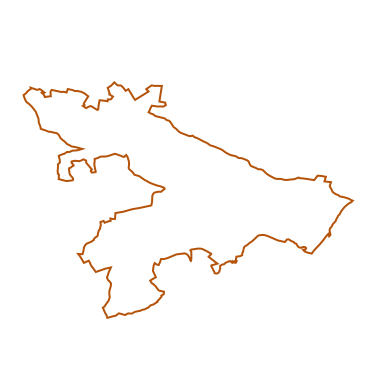 outline of Faragau, Mures, Romania, rotated 175°
{"feature_id": "2599482B54429435544126", "entity_name": "Faragau", "entity_type": "district", "adm_level": 2, "iso_a3": "ROU", "parent_name": "Romania", "parent_adm1": "Mures", "projection": "natural_earth1", "projection_center": [24.539, 46.758], "detail": "fine", "context": "isolated", "style": "outline", "palette": "amber", "viewbox_px": 384, "rotation_deg": 175, "n_neighbors": 0, "source": "geoboundaries", "source_scale": "gbopen_adm2", "svg_char_len": 6051}
<svg xmlns="http://www.w3.org/2000/svg" viewBox="0 0 384 384"><g transform="rotate(175 192 192)"><path d="M337.2,268.1L332.5,266.1L329.7,264.6L326.5,264.0L324.4,263.1L322.4,262.7L321.3,262.1L320.4,261.3L319.4,259.8L318.4,257.3L316.6,255.2L314.8,253.7L312.2,250.6L309.5,249.0L308.1,247.9L304.5,247.0L297.6,244.5L302.7,243.5L307.6,243.6L310.2,242.6L313.2,242.7L315.6,241.3L317.0,241.1L321.6,239.7L321.0,235.9L321.0,233.2L321.2,232.7L323.0,231.4L323.1,231.0L323.6,226.8L324.0,224.7L324.0,222.1L323.8,222.1L323.7,221.7L323.0,220.9L323.4,218.7L323.4,217.3L323.7,216.5L316.4,213.9L314.6,213.8L309.7,214.1L309.3,215.1L309.3,215.6L309.8,216.7L311.6,219.2L312.3,220.6L312.6,225.7L312.4,226.4L310.7,226.8L309.6,227.7L307.6,228.6L307.6,228.9L309.4,231.6L309.2,232.0L309.4,232.7L309.0,233.0L305.7,233.3L301.6,232.5L300.0,232.9L297.4,234.0L294.7,232.5L294.9,230.5L289.8,223.1L290.9,222.1L291.0,221.6L290.1,220.1L287.0,220.1L286.1,220.5L286.7,224.9L286.9,228.7L286.4,230.3L286.1,233.4L283.3,234.0L279.8,235.2L275.0,234.9L272.8,235.1L265.4,236.8L258.9,233.9L257.6,233.0L256.0,233.0L255.6,233.8L256.1,234.2L255.3,234.0L254.3,234.6L253.2,232.6L252.2,228.1L252.3,225.0L252.9,222.0L252.9,220.8L252.5,220.1L249.9,217.5L248.9,216.1L247.9,214.2L243.2,212.4L237.9,207.9L236.1,207.0L235.4,206.3L233.6,205.1L230.0,203.2L225.7,201.3L223.4,200.6L219.8,198.9L219.1,198.3L219.0,197.5L222.9,194.9L225.4,195.2L228.3,194.9L229.6,194.5L230.7,193.7L231.8,191.8L232.7,185.4L233.7,182.2L245.2,180.7L252.8,180.1L262.4,178.3L270.1,177.7L271.0,171.9L273.0,172.0L275.6,172.7L275.6,170.3L277.7,170.1L281.7,169.0L282.6,170.9L285.9,170.0L285.7,167.1L286.6,164.4L286.7,163.3L287.8,162.4L288.2,161.6L289.3,159.1L289.6,157.2L290.4,156.0L291.4,155.6L293.2,154.4L293.6,153.8L293.8,153.0L294.2,152.7L296.7,151.2L301.0,149.9L302.7,148.8L304.4,146.2L304.9,144.2L306.4,139.6L310.8,140.2L309.2,137.8L305.8,130.8L300.9,132.6L300.0,130.8L299.0,127.8L298.2,126.2L297.4,125.3L294.8,120.7L284.9,123.2L279.4,123.9L282.1,119.0L283.8,114.8L284.1,114.6L284.1,113.6L283.1,111.3L281.5,109.5L280.6,107.8L281.2,105.1L282.9,100.6L283.3,97.3L283.1,94.2L285.0,90.2L285.8,89.7L289.4,85.3L290.9,84.5L289.2,79.5L287.7,76.0L287.3,74.0L281.4,75.1L279.0,75.3L275.3,77.5L269.5,75.3L268.9,75.3L267.6,76.2L266.0,76.6L262.6,76.1L259.2,77.6L254.0,78.2L251.8,78.9L248.8,79.4L247.7,80.0L245.8,80.6L243.1,82.7L240.3,83.3L236.1,85.5L236.3,85.9L231.5,90.3L231.6,91.4L229.1,92.6L228.6,95.1L233.2,96.6L234.1,97.3L234.9,98.8L236.0,100.3L236.3,101.1L238.4,103.4L240.1,104.8L241.4,107.4L235.4,110.3L237.8,116.8L236.7,121.8L235.8,123.8L235.4,124.4L233.4,122.8L231.5,122.2L229.7,125.4L228.8,127.9L225.7,127.7L222.4,128.2L213.0,131.2L204.5,131.5L202.0,130.0L201.7,129.5L200.2,126.7L199.5,123.9L199.1,123.4L198.9,123.6L198.4,126.1L197.9,132.4L198.7,134.1L197.7,134.7L191.1,135.1L188.6,134.9L186.9,134.4L183.0,132.1L178.3,128.9L178.3,128.5L179.4,127.5L181.1,126.0L172.9,118.4L179.1,117.2L179.2,116.3L178.6,115.2L177.5,112.1L176.6,110.1L176.6,109.3L175.8,108.8L174.0,108.6L172.5,109.5L171.6,110.5L171.3,111.7L170.6,113.0L170.5,115.8L169.6,116.4L168.3,117.0L166.3,117.3L164.6,118.6L160.9,119.8L159.8,119.8L158.9,118.6L158.0,119.4L157.5,118.1L156.0,119.3L155.6,119.4L155.5,119.1L156.3,118.3L156.1,118.0L155.3,118.0L154.6,117.7L153.5,119.2L153.5,119.6L154.1,120.2L154.2,120.8L153.4,123.7L149.6,123.9L147.5,124.7L147.3,126.7L146.5,127.7L145.2,131.8L144.4,133.0L141.5,134.5L138.8,136.4L135.9,138.0L130.2,142.6L128.9,143.0L125.7,143.1L123.5,142.8L119.8,141.2L110.5,136.2L103.8,134.1L101.6,136.4L99.8,136.4L97.8,134.8L95.2,133.4L94.1,132.0L92.9,131.5L92.5,131.1L91.3,128.6L90.7,127.9L89.7,127.3L88.5,127.0L86.0,127.5L84.1,127.2L83.2,126.1L83.5,125.4L84.4,124.7L86.3,124.8L85.0,123.0L82.8,121.8L78.1,120.2L75.5,123.2L69.1,128.9L65.2,132.8L63.1,135.3L59.9,138.4L59.6,138.6L59.2,136.0L57.8,137.3L58.3,141.6L57.8,143.5L55.5,145.8L54.8,147.4L51.6,150.3L50.4,152.7L49.3,154.0L48.7,155.4L46.8,157.0L44.9,160.0L41.4,163.7L37.3,166.6L33.8,168.2L33.4,168.9L32.7,169.4L34.3,170.2L36.1,171.5L40.5,173.4L45.3,174.8L46.6,176.2L48.8,177.2L51.4,179.3L52.1,180.2L52.9,182.7L54.2,185.3L54.2,186.0L52.7,189.7L59.1,191.0L57.3,195.5L58.8,195.7L59.4,196.1L61.8,196.7L65.5,197.3L69.2,193.2L78.2,195.4L83.8,196.5L84.3,197.0L84.6,197.1L87.9,196.1L89.1,195.9L97.1,195.7L99.0,196.1L102.3,197.3L106.4,197.6L108.9,198.6L114.3,202.2L116.1,203.8L119.7,207.8L121.8,208.7L123.8,208.8L126.7,210.6L130.5,212.5L131.4,213.3L131.8,214.1L133.0,217.6L134.5,218.9L139.6,221.4L142.7,221.8L145.2,223.8L150.2,225.4L151.7,226.2L154.9,228.3L157.8,230.9L159.7,232.2L166.4,235.6L169.8,236.9L172.6,239.4L176.0,241.3L182.0,245.2L185.1,246.6L186.2,248.0L188.9,247.8L190.4,248.2L198.2,252.0L200.4,253.9L202.2,256.2L204.8,258.5L207.3,263.4L208.2,264.6L209.0,265.2L210.2,265.5L211.7,266.4L212.4,267.5L212.8,267.7L222.0,270.9L223.1,272.1L224.7,273.2L226.3,273.8L228.3,275.3L227.0,277.0L226.6,278.3L224.5,281.5L219.5,280.3L213.7,279.7L212.7,279.7L211.9,280.0L211.3,280.6L210.5,280.8L210.9,283.4L216.6,285.0L212.8,300.3L220.2,301.0L223.0,301.7L228.6,298.5L227.7,297.2L227.2,296.9L226.5,295.9L240.7,288.7L241.9,290.8L246.4,300.0L249.3,298.6L251.5,302.1L253.3,304.1L254.2,304.5L255.8,304.5L256.9,304.8L259.9,308.0L263.2,305.0L266.9,303.1L265.4,297.1L265.4,296.8L265.9,296.7L265.8,296.2L265.0,295.9L262.4,293.9L264.5,291.6L265.6,291.3L267.8,291.6L268.2,289.8L273.7,291.1L276.1,291.4L277.7,285.6L278.1,282.7L278.5,282.2L279.2,282.0L284.8,286.2L285.7,286.4L286.6,286.3L290.2,284.8L293.2,287.3L291.6,288.1L292.1,288.7L292.0,289.7L287.0,296.4L290.5,299.6L293.6,301.5L297.7,302.7L299.0,302.7L300.2,302.9L301.6,303.8L306.8,305.4L308.2,302.1L311.3,303.1L313.1,302.9L322.8,305.9L324.0,304.6L324.3,303.5L324.3,299.7L330.4,299.5L330.6,300.7L331.4,302.2L332.2,302.9L333.1,304.1L332.8,304.2L331.9,303.7L331.2,303.6L330.3,303.9L333.4,306.9L335.0,307.9L336.3,307.3L337.5,307.3L343.7,310.0L343.5,309.1L343.6,308.7L346.9,306.8L348.7,304.8L351.3,303.3L350.9,301.0L349.5,296.8L348.8,295.8L346.8,294.1L343.9,290.7L340.7,285.7L338.6,278.8L338.5,274.3L337.2,269.6L337.2,268.1Z" fill="none" stroke="#b45309" stroke-width="2"/></g></svg>